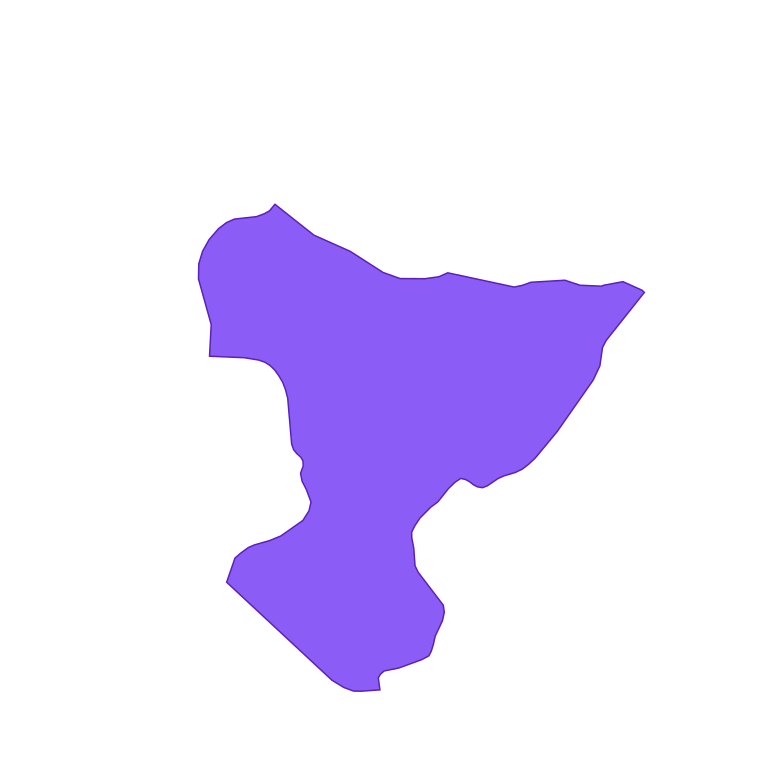 the County of Giurgiu, rotated 226°
{"feature_id": "ROU-131", "entity_name": "Giurgiu", "entity_type": "County", "adm_level": 1, "iso_a3": "ROU", "parent_name": "Romania", "parent_adm1": "", "projection": "natural_earth1", "projection_center": [25.897, 44.142], "detail": "fine", "context": "isolated", "style": "filled", "palette": "violet", "viewbox_px": 768, "rotation_deg": 226, "n_neighbors": 0, "source": "natural_earth", "source_scale": "10m", "svg_char_len": 1467}
<svg xmlns="http://www.w3.org/2000/svg" viewBox="0 0 768 768"><g transform="rotate(226 384 384)"><path d="M549.9,435.6L539.7,437.0L502.7,451.9L464.9,460.8L448.7,468.8L431.4,486.5L423.1,497.9L419.7,507.1L363.3,545.0L358.9,552.0L355.1,560.4L333.0,586.2L318.9,593.6L303.4,608.3L302.5,610.5L291.6,627.0L272.1,634.8L269.0,634.9L269.0,634.6L261.0,574.1L258.5,566.6L247.1,551.9L241.5,537.2L229.5,475.6L225.7,441.4L225.8,432.4L226.7,424.4L229.1,417.1L234.7,406.2L236.8,400.2L239.0,387.5L241.0,382.8L245.1,379.8L249.2,378.4L254.5,377.6L258.9,376.2L262.8,373.5L264.0,366.8L264.0,357.8L261.8,341.0L262.9,332.3L262.6,316.9L260.6,307.7L258.2,301.0L254.1,297.2L244.9,291.1L231.6,280.0L224.8,277.8L183.7,273.0L177.9,268.8L173.1,261.6L167.1,245.8L162.4,238.6L158.9,232.3L157.3,227.4L159.5,219.7L169.4,197.4L177.5,184.7L177.7,179.7L176.6,175.8L166.8,168.6L179.3,153.7L184.4,148.7L193.6,144.3L206.8,140.8L350.7,133.1L362.3,155.9L361.9,163.3L360.6,172.8L358.2,179.2L351.0,192.6L346.4,204.1L342.2,230.9L344.9,242.0L349.8,249.5L362.2,254.9L371.1,257.6L377.7,261.9L381.2,269.0L384.9,272.2L389.2,273.3L394.3,272.9L399.4,273.3L404.9,275.8L440.6,304.8L448.3,309.2L455.6,312.3L463.1,314.1L470.1,315.1L476.3,314.9L482.5,313.4L488.4,310.4L499.9,301.8L525.2,277.8L546.8,301.0L588.4,323.5L599.1,334.2L605.5,345.7L609.4,358.6L610.7,373.0L609.5,382.9L606.6,390.9L593.0,408.5L589.7,416.0L588.1,422.0L589.0,430.1L589.0,430.4L549.9,435.6Z" fill="#8b5cf6" stroke="#5b21b6" stroke-width="1.5"/></g></svg>